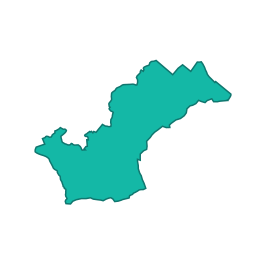 the district of Gombak, Selangor, Malaysia, rotated 130°
{"feature_id": "92858781B84445266980229", "entity_name": "Gombak", "entity_type": "district", "adm_level": 2, "iso_a3": "MYS", "parent_name": "Malaysia", "parent_adm1": "Selangor", "projection": "mercator", "projection_center": [101.678, 3.275], "detail": "fine", "context": "isolated", "style": "filled", "palette": "teal", "viewbox_px": 256, "rotation_deg": 130, "n_neighbors": 0, "source": "geoboundaries", "source_scale": "gbopen_adm2", "svg_char_len": 3498}
<svg xmlns="http://www.w3.org/2000/svg" viewBox="0 0 256 256"><g transform="rotate(130 128 128)"><path d="M58.2,149.9L60.1,151.0L60.9,151.8L62.1,152.9L64.1,153.2L66.0,152.3L67.3,152.8L68.3,153.5L69.7,154.2L71.2,154.8L72.3,154.7L72.7,154.1L73.1,153.2L74.8,152.8L74.9,153.7L75.1,155.2L76.7,155.0L77.3,154.2L78.9,154.2L80.3,154.3L82.1,154.5L83.9,154.0L84.9,151.7L86.0,150.7L87.1,149.8L88.2,149.4L89.2,148.9L90.0,149.5L90.5,151.0L91.2,152.4L93.0,154.2L97.5,159.1L98.6,159.9L99.8,160.3L101.1,160.6L102.9,161.5L104.5,162.3L105.6,162.4L107.6,162.1L109.5,162.7L111.4,163.0L112.4,162.6L113.3,161.9L114.6,161.0L115.8,159.7L116.8,158.8L118.4,158.5L120.8,158.5L121.8,158.2L123.6,156.2L123.6,155.1L124.4,155.1L125.5,154.8L125.9,153.1L126.0,152.0L125.6,150.9L125.5,149.4L127.2,148.7L128.3,148.1L129.6,147.2L131.1,146.7L132.4,146.6L133.8,145.6L135.0,144.7L136.1,143.2L137.8,142.2L138.8,143.0L139.6,144.0L140.1,145.3L141.0,146.3L141.7,149.9L144.5,149.8L146.7,149.8L148.3,149.8L150.0,149.7L151.9,149.7L152.7,152.0L154.3,151.8L154.1,153.9L155.3,154.3L155.3,155.1L157.6,155.7L159.2,155.9L160.3,156.5L161.4,156.5L161.8,155.9L161.6,154.9L161.1,154.3L160.7,153.6L161.0,152.5L161.9,151.6L162.6,150.8L163.5,152.0L168.2,147.4L169.3,148.3L172.1,148.2L172.2,146.7L173.6,148.2L174.3,148.8L174.4,149.5L173.7,150.5L173.2,151.7L172.9,152.7L172.9,154.2L172.9,155.1L173.6,156.0L174.5,156.9L175.5,158.0L176.0,159.3L175.9,160.6L176.3,161.5L177.9,161.5L178.8,162.1L179.7,163.4L180.0,164.7L180.6,166.0L181.0,168.3L181.1,169.2L180.5,170.3L179.5,171.5L178.8,172.6L177.5,174.1L173.8,173.4L172.5,173.2L170.6,173.2L169.4,173.7L169.3,174.6L169.4,175.6L170.6,176.8L171.2,180.1L173.2,180.3L174.5,180.8L176.2,181.4L177.2,182.1L178.8,180.8L180.5,181.3L181.9,181.6L183.1,181.2L184.3,181.1L185.5,182.1L185.9,183.9L186.8,185.2L187.7,185.5L188.5,185.3L191.1,186.7L193.9,181.4L201.6,186.0L202.8,185.7L204.5,185.0L205.9,183.8L205.8,181.9L205.2,179.6L204.4,177.4L203.3,174.8L202.5,172.2L202.3,170.2L202.5,168.4L203.5,166.9L204.4,164.7L205.6,161.7L206.8,159.2L206.8,157.4L206.3,154.8L207.0,153.8L207.5,153.5L208.1,151.8L208.5,150.8L208.5,149.7L208.7,148.8L209.5,148.0L210.4,147.1L210.9,146.5L211.4,145.2L211.7,144.2L212.4,143.1L213.1,142.0L213.8,140.8L214.5,140.0L214.5,139.3L214.5,138.4L215.2,137.9L215.1,137.3L214.9,136.3L215.7,135.5L216.9,134.7L217.8,133.8L219.0,133.2L219.6,132.6L220.3,131.8L220.7,130.6L221.2,129.4L221.9,129.2L223.0,129.4L223.8,129.2L224.5,128.9L225.0,128.2L225.8,126.9L224.9,125.6L223.1,123.2L219.6,123.2L216.3,121.6L212.0,118.3L209.1,114.8L205.6,111.9L204.8,108.9L202.6,105.4L200.7,102.5L199.7,100.3L196.4,99.0L194.0,97.6L192.4,96.3L192.1,93.9L192.9,90.9L190.3,88.5L187.8,86.9L186.2,86.1L180.9,82.2L178.7,83.3L176.0,81.9L174.4,81.9L172.9,81.2L170.3,80.2L168.2,79.6L167.0,78.6L165.3,76.7L162.8,75.6L160.1,80.1L158.3,83.9L156.1,87.1L155.0,90.1L152.6,93.9L150.2,96.0L147.5,99.2L145.9,100.6L144.8,97.9L142.4,100.0L140.0,101.9L135.4,101.4L132.4,100.0L129.7,101.7L126.2,105.2L120.9,104.9L117.9,105.2L114.1,104.9L109.8,103.8L104.5,102.7L103.1,99.0L100.7,96.3L99.1,98.2L96.7,97.9L91.0,96.5L87.0,93.9L82.4,92.8L78.9,93.1L75.4,95.2L71.1,94.7L69.0,93.1L65.7,91.7L61.4,91.7L60.6,89.0L59.0,85.3L56.1,85.0L51.8,82.6L52.8,79.3L50.4,76.4L48.3,74.8L43.1,69.6L43.1,70.0L41.6,69.3L38.1,69.8L36.7,70.3L35.9,71.0L36.1,90.7L37.3,90.7L36.6,98.9L35.9,101.7L34.7,103.7L33.8,105.8L32.3,108.4L30.9,111.8L30.2,114.4L31.6,115.6L33.0,117.3L44.3,116.3L44.5,126.8L50.0,128.0L58.4,128.0L58.2,149.9Z" fill="#14b8a6" stroke="#0f766e" stroke-width="1.5"/></g></svg>